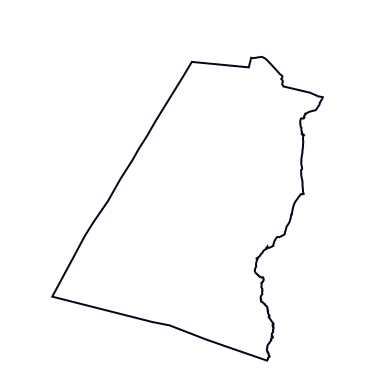 outline of Falealili, Tuamasaga, Samoa, rotated 283°
{"feature_id": "51752279B81921466612681", "entity_name": "Falealili", "entity_type": "district", "adm_level": 2, "iso_a3": "WSM", "parent_name": "Samoa", "parent_adm1": "Tuamasaga", "projection": "robinson", "projection_center": [-171.676, -13.991], "detail": "fine", "context": "isolated", "style": "outline", "palette": "ink", "viewbox_px": 384, "rotation_deg": 283, "n_neighbors": 0, "source": "geoboundaries", "source_scale": "gbopen_adm2", "svg_char_len": 4032}
<svg xmlns="http://www.w3.org/2000/svg" viewBox="0 0 384 384"><g transform="rotate(283 192 192)"><path d="M86.1,86.9L58.6,79.4L56.4,182.4L57.0,200.1L51.4,239.4L48.8,263.1L44.6,303.1L46.0,303.5L47.6,303.4L48.8,304.6L49.4,304.6L50.0,303.6L50.5,303.6L50.9,303.2L51.9,303.0L52.5,302.3L52.9,302.2L52.7,301.7L53.8,301.0L54.6,300.9L55.6,300.3L57.7,300.5L58.3,300.1L60.3,300.2L61.1,300.9L61.6,300.9L62.3,301.4L63.3,301.5L64.1,302.1L65.2,302.2L65.5,302.5L65.8,302.2L66.9,302.1L67.6,302.5L67.6,302.9L68.4,303.1L68.5,303.5L69.3,303.1L69.5,302.2L70.0,302.4L70.4,301.9L71.2,301.8L72.4,301.8L74.1,302.6L75.2,302.1L76.0,301.8L76.6,302.2L78.4,301.9L78.4,301.5L79.5,301.5L79.7,301.1L80.2,301.1L80.4,300.4L81.4,300.8L81.6,300.5L82.1,300.3L82.2,300.9L82.6,300.6L82.6,300.1L82.9,300.0L84.3,298.3L85.4,297.1L86.0,296.7L86.2,296.2L86.8,295.6L87.0,295.0L87.6,294.8L88.7,295.5L89.4,294.7L89.8,294.5L90.3,293.7L90.8,293.6L91.9,293.1L92.3,293.1L92.7,292.6L93.7,292.8L94.2,292.1L94.7,291.8L95.9,291.9L96.6,291.1L97.1,290.9L97.3,290.4L97.8,290.2L98.1,289.0L99.1,288.3L99.0,287.8L99.7,287.0L100.2,286.1L100.3,285.4L100.7,284.2L101.0,284.3L101.4,283.7L102.5,283.7L103.4,282.9L103.9,283.0L104.9,282.5L105.8,282.6L107.8,283.2L108.3,283.5L110.4,282.8L111.0,282.9L112.1,282.8L112.5,282.2L113.7,282.2L113.9,281.8L114.9,281.0L116.4,280.9L118.2,280.4L118.6,280.5L118.9,280.1L119.8,280.6L120.0,281.0L120.6,281.1L120.8,281.3L122.5,281.7L122.8,281.3L123.8,281.1L124.5,280.8L124.9,280.2L124.8,279.8L124.2,279.1L124.4,278.4L124.8,277.7L125.0,276.7L124.8,276.6L125.2,275.9L125.8,275.5L126.2,274.2L126.8,273.7L127.3,272.3L128.2,271.6L128.8,271.0L129.5,271.0L130.6,270.8L132.1,270.9L134.2,271.3L135.5,270.7L137.1,270.5L138.2,270.6L139.2,270.5L141.3,271.0L141.5,270.0L141.8,269.8L142.2,270.2L143.3,271.4L143.7,271.5L144.6,272.3L145.7,272.9L146.4,272.9L147.6,273.4L148.0,273.9L148.9,274.4L150.5,274.7L151.6,275.5L152.3,276.1L153.1,277.2L153.5,276.8L154.8,277.1L155.1,277.6L155.6,277.8L154.9,278.1L154.6,278.5L154.6,279.0L155.1,279.9L156.4,281.7L157.9,283.4L158.8,283.1L159.4,283.1L161.1,283.4L162.0,283.2L163.2,283.6L163.9,283.9L164.5,283.9L167.2,284.9L167.4,285.3L167.5,287.0L168.0,287.7L169.7,289.8L170.5,290.7L171.2,291.4L171.9,291.7L172.8,291.8L173.9,291.5L175.2,291.9L177.1,291.9L177.7,292.0L178.5,291.9L179.4,292.0L180.3,292.2L182.4,293.1L184.9,293.8L188.0,293.9L188.6,294.1L190.8,293.8L192.4,293.8L192.7,294.4L194.4,294.1L198.5,294.0L201.1,294.0L204.1,294.4L205.9,294.9L210.6,296.9L212.0,297.5L214.0,298.3L214.6,299.2L214.5,299.9L215.0,300.5L215.3,301.2L215.8,300.9L217.2,300.2L219.6,299.4L221.7,298.8L223.9,298.0L224.8,297.9L226.6,297.4L228.7,296.6L230.7,295.6L233.1,294.6L234.2,294.3L237.9,293.4L238.0,293.7L238.8,294.0L239.4,294.1L240.8,293.6L243.4,292.4L245.1,291.8L247.5,291.5L248.7,291.1L249.5,291.1L251.7,290.9L254.4,290.8L257.0,290.4L257.4,290.3L260.9,290.0L264.6,289.3L265.7,289.3L267.7,288.5L268.9,288.1L271.5,287.9L271.9,287.7L272.5,286.8L272.9,288.1L273.2,287.8L273.1,287.0L274.1,285.8L274.6,285.5L275.4,285.7L276.5,284.8L277.9,284.3L279.1,284.3L279.5,283.7L280.5,283.0L282.0,282.6L282.7,282.1L282.9,282.2L284.5,281.7L286.0,281.5L287.8,281.6L288.2,281.7L288.6,282.3L288.4,283.2L288.7,284.2L289.9,284.8L290.9,284.1L291.5,284.3L292.7,285.1L293.1,285.1L293.7,284.6L294.0,284.9L294.1,285.6L296.3,287.9L296.8,288.6L297.3,289.7L298.0,290.9L299.1,293.4L299.7,294.0L300.6,294.6L301.9,295.0L302.5,295.4L304.1,295.8L305.2,296.5L307.7,296.5L308.3,296.7L311.1,297.6L311.8,297.9L313.8,298.1L313.6,293.7L315.3,284.6L315.4,257.4L316.7,256.2L317.3,255.6L318.7,255.6L319.8,255.7L320.5,255.5L321.4,254.8L322.0,253.6L322.3,253.5L323.7,254.2L324.3,254.3L325.1,254.0L325.8,253.0L326.6,251.1L328.1,249.2L328.8,248.1L331.1,244.8L337.4,235.5L338.8,232.5L338.9,231.7L339.3,230.4L339.4,229.6L337.5,224.8L336.8,223.3L336.3,221.7L336.0,220.2L336.1,219.5L326.2,219.3L318.7,162.6L304.1,157.9L253.6,140.8L235.3,135.2L227.8,132.5L221.6,130.3L209.5,126.8L188.8,119.4L164.9,112.4L140.2,102.7L125.8,97.7L112.6,94.1L103.2,91.6L86.1,86.9Z" fill="none" stroke="#020617" stroke-width="2"/></g></svg>